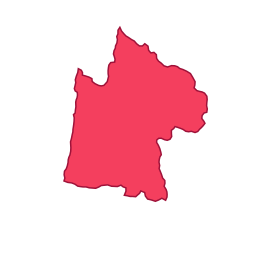 the district of Cambuquira, Minas Gerais, Brazil, rotated 133°
{"feature_id": "56859067B90091255319070", "entity_name": "Cambuquira", "entity_type": "district", "adm_level": 2, "iso_a3": "BRA", "parent_name": "Brazil", "parent_adm1": "Minas Gerais", "projection": "natural_earth1", "projection_center": [-45.262, -21.856], "detail": "fine", "context": "isolated", "style": "filled", "palette": "rose", "viewbox_px": 256, "rotation_deg": 133, "n_neighbors": 0, "source": "geoboundaries", "source_scale": "gbopen_adm2", "svg_char_len": 2406}
<svg xmlns="http://www.w3.org/2000/svg" viewBox="0 0 256 256"><g transform="rotate(133 128 128)"><path d="M210.4,138.7L208.9,135.0L206.6,131.8L205.3,128.6L204.8,125.1L203.2,122.7L201.6,120.5L199.7,118.5L198.2,115.6L196.1,113.0L194.1,110.5L191.0,109.1L188.3,108.3L186.0,106.3L183.5,104.1L181.8,100.3L180.2,98.4L178.0,95.8L174.6,94.2L174.4,91.5L173.2,88.7L175.6,86.4L179.7,84.8L178.1,82.4L176.7,79.9L174.8,77.8L173.0,75.5L170.3,75.3L167.9,75.0L165.3,75.7L163.8,71.8L165.9,68.9L166.6,65.2L164.7,61.9L162.9,58.0L160.0,56.6L156.3,55.3L155.2,51.2L151.9,52.4L149.9,54.1L148.2,56.0L147.0,58.2L146.0,61.8L143.2,63.3L141.3,65.3L141.0,68.5L139.2,71.7L137.7,74.8L136.5,77.5L133.8,79.3L131.9,82.0L129.8,83.6L127.3,85.0L124.9,85.4L123.4,87.4L121.4,90.7L120.0,93.9L119.0,97.3L117.1,98.8L114.6,98.5L112.8,96.7L111.6,93.2L110.2,90.9L107.6,89.6L104.5,90.2L102.5,92.4L100.1,94.7L97.2,94.2L94.9,94.6L93.7,92.2L92.6,89.7L91.5,86.8L91.0,83.5L89.4,81.1L87.2,79.4L85.6,75.9L83.0,74.6L80.1,74.8L77.6,74.6L75.1,74.6L72.1,74.9L71.3,77.3L70.7,80.5L68.3,82.3L65.1,82.6L62.8,81.1L60.0,83.0L58.1,85.7L55.8,87.6L53.1,89.6L51.0,92.0L50.3,95.8L51.1,98.4L52.4,100.6L53.7,103.1L53.6,107.0L51.0,108.4L48.4,110.5L46.8,115.3L45.6,119.5L46.5,123.9L47.8,127.8L49.2,130.8L49.4,133.6L50.6,136.2L52.7,138.7L56.4,140.7L58.0,144.1L57.9,148.0L58.3,151.3L57.6,154.5L55.0,157.3L55.0,160.6L57.5,162.5L57.1,165.9L54.5,169.2L54.9,173.2L58.1,173.4L60.2,175.6L60.5,179.2L60.1,182.7L60.9,185.7L61.5,189.5L62.1,192.3L61.9,195.4L61.5,198.8L59.9,202.6L63.3,202.0L66.1,199.5L68.8,198.6L70.5,196.1L73.4,194.1L76.5,193.1L78.3,191.7L81.0,190.9L83.8,189.1L85.0,186.9L86.5,184.4L88.9,182.7L92.0,185.3L95.0,184.9L97.2,183.5L99.6,181.7L102.0,179.4L103.5,177.4L105.5,176.3L108.2,174.8L110.9,174.7L113.3,174.7L115.5,176.3L116.9,178.5L118.1,182.4L118.4,185.9L116.5,188.1L117.4,191.3L119.0,194.7L120.4,197.4L118.5,199.1L117.6,201.5L118.5,204.8L121.6,202.6L125.4,201.1L128.7,199.4L130.4,197.2L133.1,195.6L135.8,194.1L136.9,191.9L136.5,189.4L138.5,187.3L140.6,185.9L142.7,185.1L144.7,183.9L146.3,182.3L148.1,180.5L150.5,178.9L153.1,176.9L155.4,177.0L157.2,174.3L159.9,172.0L162.3,170.2L164.6,168.6L166.4,167.4L168.4,165.7L171.2,164.1L173.9,162.4L177.3,160.6L179.6,158.2L181.4,156.3L184.0,154.1L187.3,152.1L189.9,151.2L192.1,150.0L194.1,148.3L197.2,146.5L200.0,145.3L202.9,145.0L205.8,142.8L207.7,140.0L210.4,138.7Z" fill="#f43f5e" stroke="#9f1239" stroke-width="1.5"/></g></svg>